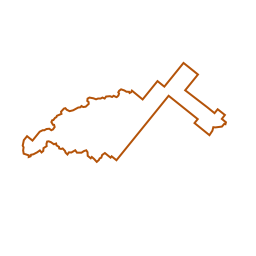 outline of Blaine, Idaho, United States of America, rotated 309°
{"feature_id": "52423323B36690361542904", "entity_name": "Blaine", "entity_type": "district", "adm_level": 2, "iso_a3": "USA", "parent_name": "United States of America", "parent_adm1": "Idaho", "projection": "robinson", "projection_center": [-114.207, 43.306], "detail": "fine", "context": "isolated", "style": "outline", "palette": "amber", "viewbox_px": 256, "rotation_deg": 309, "n_neighbors": 0, "source": "geoboundaries", "source_scale": "gbopen_adm2", "svg_char_len": 1608}
<svg xmlns="http://www.w3.org/2000/svg" viewBox="0 0 256 256"><g transform="rotate(309 128 128)"><path d="M152.6,139.3L178.6,139.3L178.8,176.6L173.7,176.6L173.7,195.8L179.0,195.3L182.3,193.8L183.4,195.5L188.2,200.1L191.9,200.2L192.3,201.3L194.1,200.5L194.1,195.2L199.1,195.1L199.0,185.9L194.0,185.9L194.0,176.7L193.3,148.7L213.6,148.7L213.5,130.2L183.0,130.2L183.0,121.4L159.4,121.4L159.5,107.5L157.8,107.9L156.2,107.2L156.8,106.0L155.2,104.0L154.9,101.6L153.7,98.3L151.4,97.7L149.6,98.0L149.2,99.3L147.2,100.1L145.3,99.9L144.7,99.6L144.0,96.6L142.1,96.1L141.4,94.0L138.7,91.2L136.2,91.3L135.6,89.0L133.7,88.2L132.1,86.2L130.2,85.1L129.3,82.4L127.4,78.9L125.4,78.1L123.4,79.3L123.4,81.0L122.0,82.3L117.9,81.7L116.1,80.0L115.8,78.0L114.2,78.0L112.5,76.4L107.2,74.2L104.3,72.0L103.6,68.8L104.0,66.9L102.8,66.0L98.5,65.7L97.1,67.4L92.8,65.1L91.3,65.5L89.9,64.9L87.2,65.0L86.3,64.2L84.4,64.7L83.3,67.7L83.9,68.6L82.6,70.4L79.7,70.6L78.0,69.8L77.9,67.3L75.9,65.3L73.6,64.4L72.6,63.1L69.5,61.7L58.1,61.7L58.1,54.7L53.0,54.7L48.0,57.3L47.3,59.0L44.6,60.6L42.4,63.1L44.3,68.1L43.0,69.1L44.7,70.1L46.2,69.5L48.0,71.0L51.9,72.7L55.1,73.6L54.6,76.2L56.8,76.6L59.2,75.0L62.7,76.2L64.4,74.6L66.6,73.7L67.7,74.7L68.5,77.0L68.7,80.6L70.7,81.9L69.5,83.4L69.9,86.2L68.8,87.4L69.6,89.2L71.0,90.1L70.5,93.5L69.6,94.9L69.3,97.6L71.9,97.4L73.3,99.4L77.5,101.0L76.7,103.9L79.6,107.4L82.4,108.3L84.4,109.6L83.7,111.8L81.0,114.2L81.0,118.1L82.7,118.1L82.6,121.3L82.0,125.0L84.7,125.5L86.6,125.1L88.1,125.9L90.8,124.9L94.0,125.8L94.0,133.1L95.7,133.1L95.7,139.3L152.6,139.3Z" fill="none" stroke="#b45309" stroke-width="2"/></g></svg>